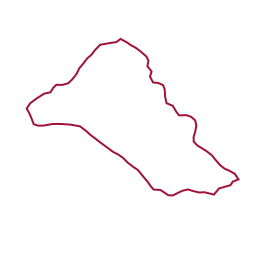 the district of Davios, Cyprus, rotated 74°
{"feature_id": "46923920B64844622441299", "entity_name": "Davios", "entity_type": "district", "adm_level": 2, "iso_a3": "CYP", "parent_name": "Cyprus", "parent_adm1": "", "projection": "equal_earth", "projection_center": [33.916, 35.414], "detail": "fine", "context": "isolated", "style": "outline", "palette": "rose", "viewbox_px": 256, "rotation_deg": 74, "n_neighbors": 0, "source": "geoboundaries", "source_scale": "gbopen_adm2", "svg_char_len": 1237}
<svg xmlns="http://www.w3.org/2000/svg" viewBox="0 0 256 256"><g transform="rotate(74 128 128)"><path d="M74.6,208.2L77.2,215.1L81.3,220.0L84.0,219.4L86.6,218.8L93.0,218.0L98.3,217.6L100.9,213.9L102.4,208.6L103.2,200.4L104.3,195.9L105.8,191.0L107.3,186.8L108.8,182.5L113.3,173.5L120.1,168.6L124.2,166.1L128.4,162.9L134.0,158.8L141.9,152.7L146.8,149.0L151.0,144.5L155.1,141.2L161.5,137.6L167.1,133.5L170.9,130.2L180.3,126.1L184.8,124.1L190.5,122.1L194.2,120.4L196.5,113.9L203.7,107.8L205.2,103.7L204.0,97.2L203.3,92.7L203.6,87.4L206.7,82.5L209.7,77.2L210.8,72.3L215.7,63.7L211.2,57.2L211.2,49.8L211.2,45.3L208.5,42.1L207.8,36.0L201.4,38.0L196.5,42.9L193.9,46.2L189.0,49.8L181.8,53.1L177.7,54.7L172.0,58.8L163.8,66.2L159.2,68.6L154.7,67.4L149.5,64.1L144.6,61.7L139.3,61.3L134.8,64.1L131.8,68.2L129.9,75.5L125.4,77.2L119.0,78.8L114.8,84.1L108.4,83.7L100.9,82.1L96.4,82.5L93.0,86.6L91.1,91.4L84.7,92.7L80.2,89.8L73.8,92.3L68.9,89.8L64.4,90.6L58.0,94.7L53.1,98.4L48.6,102.9L45.6,105.3L40.3,110.6L42.2,115.5L41.4,121.6L40.3,131.8L44.1,138.4L47.5,142.9L49.7,147.8L53.9,153.5L57.2,158.4L61.8,162.5L65.9,168.2L68.5,173.1L68.5,179.2L66.7,184.9L68.9,189.0L72.3,192.7L71.9,199.2L74.6,208.2Z" fill="none" stroke="#9f1239" stroke-width="2"/></g></svg>